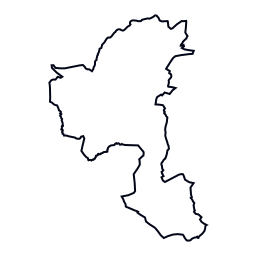 outline of Kiru, Kano, Nigeria
{"feature_id": "59680162B20086286793745", "entity_name": "Kiru", "entity_type": "district", "adm_level": 2, "iso_a3": "NGA", "parent_name": "Nigeria", "parent_adm1": "Kano", "projection": "orthographic", "projection_center": [8.129, 11.557], "detail": "fine", "context": "isolated", "style": "outline", "palette": "ink", "viewbox_px": 256, "rotation_deg": 0, "n_neighbors": 0, "source": "geoboundaries", "source_scale": "gbopen_adm2", "svg_char_len": 5645}
<svg xmlns="http://www.w3.org/2000/svg" viewBox="0 0 256 256"><path d="M206.6,225.0L203.6,223.4L201.4,221.7L200.0,219.4L201.5,217.2L198.4,214.4L195.8,213.9L194.0,211.9L194.1,211.7L194.5,211.2L194.4,210.8L194.5,210.7L194.8,210.3L194.4,209.7L194.2,209.0L193.6,205.2L194.3,202.9L192.9,201.4L192.7,200.5L192.0,199.4L191.5,198.7L190.8,197.9L191.8,197.2L191.6,196.8L191.6,196.4L191.2,195.4L191.0,194.4L190.5,187.6L193.6,183.1L189.2,182.2L185.0,179.6L184.4,177.8L184.1,176.7L183.1,174.5L182.7,174.1L181.0,174.2L179.7,174.4L178.5,174.9L164.9,182.0L162.9,180.5L161.5,177.3L163.5,176.1L162.1,173.5L162.2,173.4L161.6,172.0L162.5,171.3L162.6,170.9L163.3,170.2L162.2,168.6L162.1,167.8L162.0,166.6L162.0,166.0L161.6,165.3L161.4,164.4L161.4,163.4L162.1,162.3L162.6,161.8L163.4,160.4L163.9,159.6L164.7,159.2L165.0,158.7L165.1,158.3L165.5,158.2L165.7,157.6L165.8,157.1L166.3,155.8L166.5,155.2L166.8,154.0L167.4,150.7L167.5,150.2L168.1,149.9L168.9,148.8L168.7,147.2L168.6,146.1L168.1,144.9L167.6,143.8L167.4,142.6L167.1,141.6L166.7,140.5L166.0,138.5L165.5,136.7L165.3,135.4L165.3,134.5L165.5,133.6L165.6,132.5L165.2,130.2L165.2,128.7L165.6,126.5L166.8,122.3L167.1,119.9L167.1,119.0L167.4,117.5L166.0,115.9L165.6,114.6L165.0,114.1L164.1,113.1L164.7,112.4L164.7,111.6L163.9,110.8L163.8,110.1L164.5,109.1L165.0,108.3L164.2,107.3L163.8,106.4L162.9,105.2L160.3,104.8L157.2,104.5L155.5,104.4L156.0,101.2L156.3,99.1L157.2,97.0L161.1,94.6L162.1,95.4L164.7,92.5L169.7,94.0L170.7,92.6L171.8,91.3L172.4,90.4L175.5,88.0L173.6,87.5L171.1,87.0L168.4,86.7L168.1,86.5L168.2,85.1L168.6,84.2L168.7,83.4L168.9,82.4L168.8,81.9L168.8,81.5L168.7,80.3L169.6,79.0L171.0,77.5L171.4,76.1L171.0,74.3L169.2,73.2L169.8,71.1L166.1,68.8L170.5,61.8L173.1,58.0L175.3,56.2L180.7,55.2L188.2,54.2L192.6,53.8L193.7,50.8L192.7,50.7L188.4,50.1L184.3,49.3L181.9,48.0L184.0,46.3L183.6,45.0L181.9,45.7L180.7,45.7L180.9,44.9L182.5,42.8L183.3,41.3L186.4,38.4L186.9,37.0L187.5,36.1L186.1,33.9L185.3,32.4L185.8,28.4L186.3,21.5L186.1,20.9L183.6,21.2L181.8,21.0L180.3,22.0L176.8,24.4L172.5,28.3L170.9,28.9L168.4,26.7L167.8,21.4L167.6,21.1L161.8,21.4L159.7,20.5L158.5,17.8L156.6,15.6L155.3,15.4L155.0,15.4L153.3,16.8L151.1,18.0L149.4,18.7L147.8,18.4L143.9,19.3L141.8,19.9L141.5,20.6L140.8,21.1L138.3,21.2L136.7,20.7L134.1,20.4L132.0,20.5L130.7,21.2L130.0,22.4L130.0,23.4L130.2,24.0L130.5,24.4L129.8,25.4L128.5,26.1L127.4,26.9L125.6,28.7L124.2,30.0L123.2,30.5L122.5,30.5L121.2,30.1L120.3,29.4L119.0,29.3L117.6,29.6L116.4,30.4L115.3,32.0L114.2,32.8L111.9,35.9L110.1,37.6L109.1,37.5L107.7,37.7L106.9,38.5L106.0,39.7L104.4,42.4L102.1,44.8L101.8,46.2L101.3,48.0L100.2,48.5L99.6,48.8L99.2,50.8L98.7,52.4L98.1,53.6L98.1,54.0L97.7,54.3L97.7,55.2L97.2,55.9L96.6,58.8L96.6,59.9L95.9,60.3L95.3,61.1L95.0,62.1L95.0,64.4L94.7,65.3L94.4,66.1L93.8,66.9L93.4,68.8L92.0,71.2L89.1,69.3L87.5,69.3L85.6,68.4L84.9,67.0L82.9,65.0L79.6,65.4L65.0,68.3L59.8,68.3L55.4,67.9L53.5,65.2L51.6,65.3L52.0,67.9L56.7,72.6L62.3,76.7L60.6,77.8L57.7,76.8L55.5,79.6L53.2,79.5L51.4,80.2L49.4,82.6L49.9,86.2L50.0,89.1L50.2,97.6L50.0,101.7L52.1,102.7L53.8,104.3L55.2,105.0L57.1,105.4L58.4,108.3L59.0,110.4L60.2,111.1L60.7,111.6L60.9,112.1L60.7,112.7L60.2,113.3L60.9,113.7L61.3,113.9L61.3,114.4L60.7,114.9L60.2,115.2L60.1,115.7L60.5,116.1L61.3,117.7L61.3,118.4L61.8,118.8L62.1,119.1L62.0,119.7L61.7,120.4L61.9,121.2L62.2,121.7L62.5,122.4L62.7,124.6L63.0,125.7L62.9,126.0L62.2,125.9L61.9,126.1L61.8,126.6L62.0,128.2L61.9,128.8L61.4,129.1L61.3,129.5L61.7,129.7L62.5,129.9L62.7,130.0L62.8,130.8L62.4,131.4L62.1,131.8L62.1,132.2L62.5,132.5L62.6,132.8L62.5,133.3L62.6,133.8L63.5,134.1L64.0,135.5L66.2,135.5L68.8,136.3L75.1,137.6L76.4,138.6L79.3,138.8L80.2,138.3L81.1,136.7L83.2,136.1L84.3,138.5L82.4,146.3L81.4,150.9L84.6,155.4L84.8,155.5L86.5,157.3L87.9,158.1L88.0,158.5L88.1,159.0L88.2,159.6L88.4,160.2L88.7,160.3L88.9,160.2L89.0,160.1L89.3,160.1L90.1,159.9L90.4,159.9L90.8,160.1L91.0,160.2L91.2,160.4L91.4,160.5L91.5,160.5L91.7,160.3L91.9,160.0L92.0,159.9L92.7,159.8L92.8,159.8L93.2,159.9L93.4,159.8L93.5,159.7L93.4,159.3L93.5,159.2L94.1,159.0L94.2,158.9L94.3,158.8L94.6,158.8L94.9,158.7L95.0,158.5L95.0,158.0L95.2,157.7L95.4,157.5L95.6,157.4L95.8,157.1L95.8,156.8L95.8,156.2L95.9,155.8L96.2,155.6L96.5,155.5L96.9,155.4L97.2,155.5L97.4,155.5L97.7,155.3L97.9,155.0L97.9,154.3L98.0,154.0L98.2,153.9L98.5,153.8L99.0,154.0L99.3,154.1L99.7,154.3L100.0,154.3L100.6,154.1L100.9,153.7L101.0,153.4L102.6,153.0L103.1,152.4L103.5,152.2L104.0,152.0L104.9,152.0L105.8,151.9L106.5,151.9L107.3,151.7L107.5,151.2L107.3,150.9L107.2,150.4L107.2,150.1L107.5,149.7L107.8,149.3L107.7,149.0L108.0,147.9L108.8,146.9L109.4,146.3L110.5,145.7L110.9,145.5L111.8,145.3L113.1,145.2L114.4,145.0L115.2,143.8L115.8,143.4L116.2,143.2L116.4,143.5L116.8,143.8L117.3,143.8L117.9,143.4L118.6,143.3L119.3,143.8L120.0,144.7L120.8,144.6L121.8,144.0L122.0,144.3L125.0,145.0L138.1,145.4L141.9,150.0L143.4,151.7L143.7,152.9L143.4,155.6L142.1,156.5L140.8,157.8L139.2,159.4L139.6,160.9L139.8,164.7L137.5,168.7L133.7,174.2L134.7,183.3L135.1,191.1L133.8,192.9L128.4,195.2L121.7,196.5L123.3,199.3L123.9,201.2L124.8,202.9L125.6,204.3L125.8,206.6L132.2,209.3L135.1,210.6L136.3,210.9L138.1,211.8L137.5,212.7L140.0,214.5L145.0,217.5L146.0,221.5L149.6,224.3L155.0,227.8L157.7,231.0L159.5,233.5L160.8,235.3L163.8,238.0L168.3,236.0L172.8,234.6L177.6,234.1L179.3,234.3L182.8,234.7L183.6,235.6L183.9,236.3L184.7,237.8L185.3,238.6L185.9,239.6L187.2,240.6L189.9,240.5L191.0,239.8L191.9,238.8L193.0,238.2L194.5,237.6L196.0,237.4L197.2,236.7L197.8,237.8L198.4,237.9L198.6,237.1L199.9,235.7L202.2,233.8L204.3,231.2L205.1,228.8L205.4,226.1L205.8,225.4L206.6,225.0Z" fill="none" stroke="#020617" stroke-width="2"/></svg>